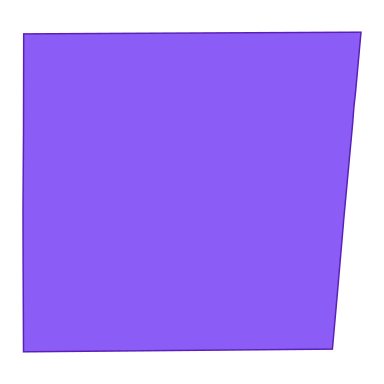 Noxubee, Mississippi, United States of America
{"feature_id": "52423323B86616716880286", "entity_name": "Noxubee", "entity_type": "district", "adm_level": 2, "iso_a3": "USA", "parent_name": "United States of America", "parent_adm1": "Mississippi", "projection": "equal_earth", "projection_center": [-88.56, 33.107], "detail": "fine", "context": "isolated", "style": "filled", "palette": "violet", "viewbox_px": 384, "rotation_deg": 0, "n_neighbors": 0, "source": "geoboundaries", "source_scale": "gbopen_adm2", "svg_char_len": 312}
<svg xmlns="http://www.w3.org/2000/svg" viewBox="0 0 384 384"><path d="M23.7,33.9L23.5,133.4L23.0,207.7L23.1,255.7L23.5,350.6L23.5,351.8L332.4,349.1L337.3,294.2L343.5,222.5L343.5,221.9L352.6,124.0L353.9,107.1L355.6,91.6L361.0,32.2L119.1,33.4L23.7,33.9Z" fill="#8b5cf6" stroke="#5b21b6" stroke-width="1.5"/></svg>